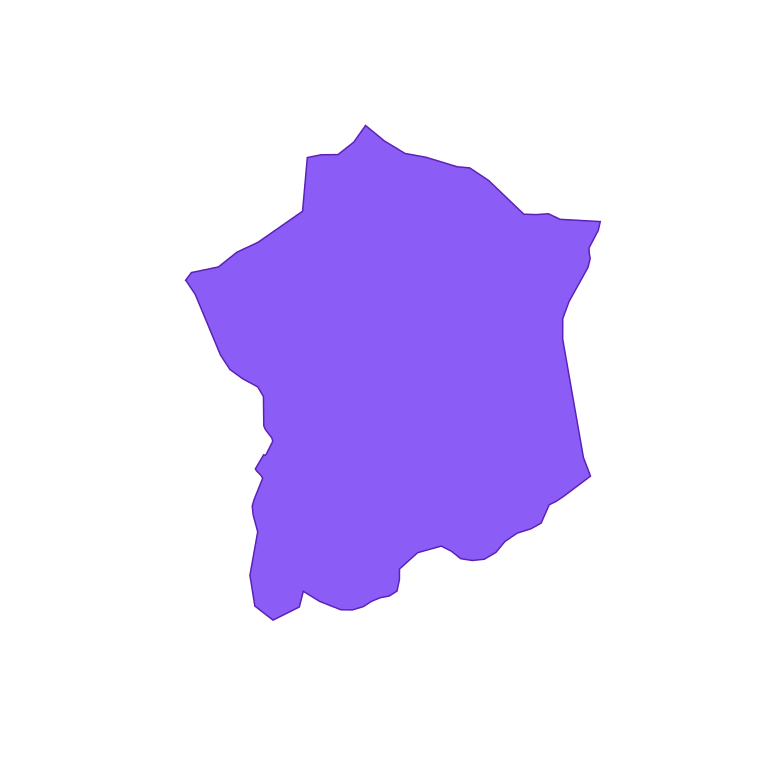 SVG path tracing the border of Ruyigi, rotated 125°
{"feature_id": "BDI-2635", "entity_name": "Ruyigi", "entity_type": "Province", "adm_level": 1, "iso_a3": "BDI", "parent_name": "Burundi", "parent_adm1": "", "projection": "mercator", "projection_center": [30.363, -3.445], "detail": "fine", "context": "isolated", "style": "filled", "palette": "violet", "viewbox_px": 768, "rotation_deg": 125, "n_neighbors": 0, "source": "natural_earth", "source_scale": "10m", "svg_char_len": 1203}
<svg xmlns="http://www.w3.org/2000/svg" viewBox="0 0 768 768"><g transform="rotate(125 384 384)"><path d="M615.3,325.5L641.1,339.5L640.0,362.4L617.6,384.1L577.5,402.7L566.4,416.0L559.6,421.9L553.7,424.0L531.0,429.3L529.7,431.4L528.2,438.8L527.3,440.7L511.0,442.0L510.6,440.4L508.9,440.2L494.7,442.3L492.5,445.0L489.3,455.1L487.2,458.5L463.4,475.6L458.8,485.8L460.8,503.0L460.5,518.6L454.1,534.5L418.9,590.0L412.9,605.4L412.9,606.0L412.4,606.0L403.2,605.7L383.1,586.8L360.4,580.1L340.2,568.5L289.2,549.8L242.5,576.7L232.3,567.0L222.5,553.3L203.2,547.5L182.8,547.4L184.7,523.2L183.1,499.1L174.2,479.7L164.1,448.7L157.8,437.7L157.3,414.9L164.7,366.9L158.0,356.6L150.2,346.9L148.1,334.2L126.9,300.0L135.2,296.6L154.9,294.1L159.1,290.9L162.9,287.1L171.3,283.8L210.4,279.7L227.9,275.1L244.7,263.4L329.8,178.5L341.0,162.0L373.5,172.6L381.2,175.6L388.2,179.4L407.8,175.5L418.2,180.5L429.8,189.4L443.6,194.6L457.6,195.7L470.0,201.3L477.9,210.4L483.1,221.0L482.3,232.8L484.0,244.2L502.9,259.7L526.6,265.2L535.5,259.1L546.2,254.6L554.8,258.2L561.2,264.5L569.2,269.6L578.1,273.2L587.2,280.3L593.7,289.9L599.0,312.0L600.1,331.2L615.1,325.5L615.3,325.5Z" fill="#8b5cf6" stroke="#5b21b6" stroke-width="1.5"/></g></svg>